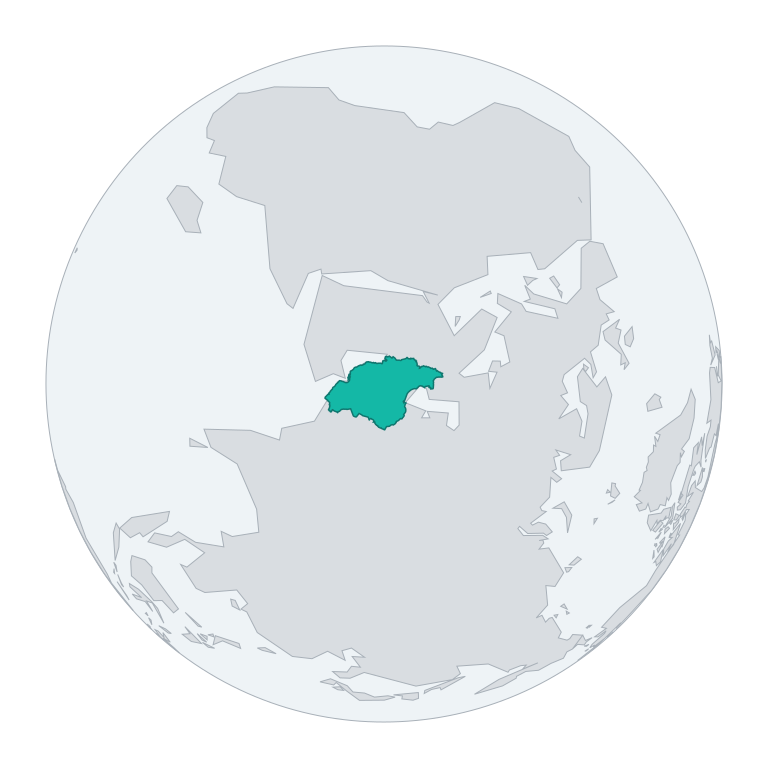 Iran on an orthographic globe, rotated 124°
{"feature_id": "IRN", "entity_name": "Iran", "entity_type": "country or territory", "adm_level": 0, "iso_a3": "IRN", "parent_name": "Asia", "parent_adm1": "", "projection": "orthographic", "projection_center": [53.162, 32.435], "detail": "fine", "context": "on_globe", "style": "filled", "palette": "teal", "viewbox_px": 768, "rotation_deg": 124, "n_neighbors": 0, "source": "natural_earth", "source_scale": "50m", "svg_char_len": 16514}
<svg xmlns="http://www.w3.org/2000/svg" viewBox="0 0 768 768"><g transform="rotate(124 384 384)"><circle cx="384" cy="384" r="338" fill="#eef3f6" stroke="#a8b0b8"/><path d="M404.4,46.7L406.5,46.9L441.0,52.1L456.9,54.8L449.5,54.2L483.0,61.2L505.0,68.9L477.0,59.9L471.8,58.9L485.1,63.3L482.6,63.4L487.6,65.9L483.4,65.9L467.4,61.7L464.4,61.9L474.0,65.2L475.8,68.0L462.2,63.0L464.0,67.6L437.6,63.5L404.4,53.6L386.6,54.6L343.9,54.4L344.6,55.9L328.9,58.0L323.9,60.7L317.4,60.8L319.0,63.1L325.8,62.6L328.8,63.7L326.5,65.5L317.8,65.6L317.7,64.6L313.9,65.7L310.6,65.1L310.9,66.4L300.7,66.9L307.3,69.4L296.1,72.2L290.3,71.8L295.7,68.0L295.5,60.5L291.2,60.5L279.9,63.5L248.5,76.2L241.8,78.4L229.4,84.2L230.8,84.2L241.1,79.9L240.6,82.2L253.3,77.6L254.9,78.3L266.0,75.9L259.2,80.7L246.5,87.0L237.0,89.5L231.1,92.7L236.0,94.4L214.2,104.2L192.8,120.3L187.8,122.9L185.4,119.1L196.0,107.6L192.9,106.2L189.6,112.0L176.9,119.9L172.6,123.6L170.3,126.6L173.0,125.8L167.6,129.9L168.8,124.8L173.7,120.9L173.3,122.3L178.2,117.3L179.0,115.5L172.5,120.5L173.6,119.6L193.5,104.9L214.5,91.7L236.3,80.1L259.0,70.1L282.3,61.8L306.1,55.2L330.4,50.4L355.0,47.3L379.7,46.1L404.4,46.7ZM468.9,57.4L461.4,55.4L469.5,57.4L468.9,57.4ZM489.0,66.3L491.9,67.0L493.3,68.1L489.0,66.3ZM269.0,73.6L267.5,74.7L266.2,74.5L269.0,73.6ZM275.2,71.7L274.8,70.7L277.7,69.7L277.9,70.3L275.2,71.7ZM488.1,69.4L489.4,71.4L485.3,68.5L488.1,69.4ZM275.1,73.3L282.9,68.1L288.0,66.5L293.0,67.7L275.1,73.3ZM488.3,72.1L491.6,77.9L498.4,79.6L481.1,78.8L484.0,73.6L477.9,69.6L484.5,72.0L488.3,72.1ZM329.0,61.7L321.6,62.3L329.9,60.2L329.0,61.7ZM333.7,60.2L355.1,54.1L364.9,54.8L355.7,56.4L370.2,56.6L364.4,59.8L355.2,60.5L350.0,59.2L351.8,61.6L333.7,60.2ZM471.0,77.9L469.4,79.0L468.0,77.1L471.0,77.9ZM330.6,64.0L334.1,62.4L342.9,62.8L337.5,66.0L336.4,64.8L330.6,64.0ZM376.8,55.3L382.3,56.6L379.2,59.4L380.9,60.4L365.1,60.0L376.8,55.3ZM333.2,65.7L334.6,67.8L328.3,69.4L327.9,65.6L333.2,65.7ZM347.4,61.6L351.3,62.1L347.4,62.8L347.4,61.6ZM306.9,77.5L310.9,75.0L315.7,74.9L306.9,77.5ZM335.5,68.5L337.7,68.0L340.0,67.8L339.6,69.6L335.5,68.5ZM364.0,62.3L361.5,63.5L370.3,62.6L368.3,65.2L358.1,64.6L361.7,66.0L361.1,66.8L353.5,65.5L364.0,62.3ZM346.4,71.1L332.7,72.1L324.3,76.4L319.7,76.5L334.0,69.6L346.4,71.1ZM351.2,67.8L347.2,69.8L343.5,68.6L344.0,66.6L351.2,67.8ZM370.7,67.3L376.3,63.4L378.4,63.7L370.7,67.3ZM344.6,72.5L348.0,72.3L344.5,72.9L344.6,72.5ZM363.5,69.0L365.2,67.5L367.5,67.8L363.5,69.0ZM353.2,73.3L348.8,73.5L348.9,72.0L353.2,73.3ZM358.5,71.5L361.2,72.4L351.7,71.3L358.9,70.7L358.5,71.5ZM365.3,69.6L367.2,69.3L364.3,70.2L365.3,69.6ZM355.0,79.4L343.0,78.4L343.4,74.9L355.0,76.2L355.0,79.4ZM80.3,426.3L75.4,369.2L83.5,356.2L89.1,334.8L148.7,292.9L156.8,304.0L198.6,315.2L203.0,320.4L193.1,335.9L220.5,369.9L235.2,359.0L264.9,379.5L287.8,383.8L304.7,352.8L267.2,344.9L265.6,327.4L299.6,319.9L333.1,327.8L333.6,321.3L316.5,303.8L328.4,293.8L311.0,296.9L315.0,304.4L304.2,306.9L300.0,300.4L304.4,296.8L295.4,292.0L276.9,311.5L278.9,321.2L253.0,318.8L253.8,335.1L245.3,340.2L240.7,314.7L244.3,306.8L232.3,276.6L226.1,284.4L237.1,313.9L231.8,310.2L223.5,322.5L225.6,310.2L215.4,277.3L194.7,274.2L161.2,296.4L150.6,293.2L145.2,280.8L164.8,250.5L186.1,261.4L193.3,252.1L195.3,233.6L201.6,239.0L205.0,233.2L213.7,236.9L232.1,228.1L241.9,230.8L255.1,214.6L261.9,214.1L252.1,223.5L250.5,232.1L275.5,239.9L282.1,237.7L288.7,226.9L294.7,231.0L297.9,219.6L315.2,219.6L296.8,210.5L304.1,199.1L317.8,192.8L316.8,187.7L294.6,198.2L288.6,204.0L288.8,211.4L269.8,227.7L260.0,228.0L267.4,205.9L254.2,204.4L265.7,189.0L318.8,168.2L337.9,167.0L356.8,188.5L348.9,194.7L338.2,189.7L342.6,204.7L344.9,198.5L349.9,202.3L358.1,193.5L362.1,195.9L363.2,183.8L368.9,185.8L368.1,193.4L385.2,183.4L398.8,185.7L400.7,182.4L399.0,178.2L417.4,184.6L418.0,182.0L412.2,178.7L409.7,171.6L412.5,161.8L418.7,164.5L418.5,168.4L427.6,181.3L426.2,192.0L429.0,192.2L431.7,183.7L420.7,167.8L420.6,161.3L427.0,167.9L424.6,165.0L426.5,162.6L434.2,163.1L427.7,155.7L440.1,129.5L456.2,129.0L460.6,137.1L475.8,124.7L492.8,127.0L487.4,123.7L491.1,116.9L485.8,116.0L483.5,114.0L490.6,98.3L497.0,97.5L494.0,89.0L491.2,87.6L486.2,87.5L481.1,78.8L498.4,79.6L503.8,82.6L511.0,81.9L522.2,89.3L534.9,95.8L543.0,105.7L552.3,110.7L554.0,109.9L568.0,116.9L590.6,135.5L564.6,123.5L529.1,100.5L542.9,109.7L537.5,108.9L541.1,113.2L551.0,120.1L553.6,120.0L557.8,141.0L577.2,165.8L581.4,158.7L590.8,162.0L616.6,188.6L634.2,239.1L646.9,247.6L652.2,256.1L651.1,265.8L643.4,253.5L636.2,253.1L632.0,245.2L627.7,258.0L621.4,247.3L621.1,263.3L628.6,269.7L634.8,261.7L637.1,281.3L652.0,290.1L661.1,307.6L660.9,350.1L649.7,370.3L650.6,376.7L642.3,374.2L637.1,390.9L657.0,415.9L658.5,425.5L647.3,451.7L646.0,445.0L624.2,438.3L624.2,462.3L640.9,473.0L646.8,491.4L635.7,490.9L629.3,474.9L621.5,471.9L620.6,451.7L608.6,425.7L597.2,436.6L595.3,424.5L576.9,404.9L559.0,419.6L532.4,461.0L533.3,492.0L522.1,508.0L497.1,468.8L488.9,439.3L477.9,444.0L453.7,420.9L406.5,423.0L401.5,414.9L392.2,419.0L375.4,410.9L368.5,397.3L357.5,397.9L376.6,433.4L388.6,432.8L400.9,419.3L403.8,431.8L420.2,442.3L395.9,472.5L328.6,495.9L325.0,472.3L289.2,401.5L292.0,394.2L291.9,393.4L291.7,391.8L285.4,403.2L280.2,389.1L296.1,438.5L297.4,458.3L327.6,497.2L324.0,500.5L334.6,508.6L372.2,501.7L371.7,509.3L352.2,543.0L302.7,582.6L311.1,611.0L310.6,632.7L283.8,642.4L290.2,658.1L277.0,660.7L278.8,668.5L270.5,674.2L255.1,676.8L224.4,667.3L219.3,660.2L199.0,641.1L169.4,595.8L173.7,580.2L169.5,563.9L147.8,519.1L152.3,500.3L147.3,488.7L136.5,485.5L131.1,471.4L124.9,467.6L88.9,449.6L80.3,426.3ZM123.0,321.4L120.2,327.4L123.0,321.4ZM365.5,353.3L387.6,355.9L382.9,334.4L391.0,333.9L386.4,327.1L382.5,332.9L372.1,314.5L383.5,309.0L383.5,299.9L376.1,298.7L356.8,311.9L371.5,337.9L364.2,346.1L365.5,353.3ZM176.9,120.1L176.6,120.7L173.3,124.2L173.0,123.7L176.9,120.1ZM169.9,135.3L161.3,141.8L167.2,136.4L165.1,136.4L174.8,125.7L185.7,123.7L179.0,126.2L169.9,135.3ZM190.9,112.1L183.4,118.3L191.1,111.7L190.9,112.1ZM215.5,200.7L216.3,206.1L209.9,211.4L197.7,210.4L206.8,202.4L215.5,200.7ZM219.1,212.7L229.8,192.4L237.9,193.0L231.5,195.9L235.8,198.4L226.7,203.9L223.9,225.3L218.1,231.7L198.6,224.9L208.1,223.3L206.7,217.7L219.1,212.7ZM243.0,147.1L247.8,140.5L259.1,150.0L253.4,155.3L240.7,154.0L240.1,147.1L243.0,147.1ZM282.4,77.5L283.5,75.8L285.9,75.6L286.9,76.8L282.4,77.5ZM308.4,76.4L280.2,85.1L280.0,83.4L263.7,91.6L256.8,90.6L267.6,85.2L250.2,91.1L257.2,85.8L245.4,90.6L270.1,78.5L275.7,74.6L272.1,79.1L278.2,80.0L282.5,79.2L299.0,74.5L314.0,67.5L322.5,68.0L324.5,70.3L322.1,72.0L317.4,70.9L317.7,74.0L309.0,73.9L308.4,76.4ZM342.9,107.4L338.3,103.6L337.5,113.5L328.8,111.9L329.3,113.2L321.0,114.7L311.8,119.0L308.6,117.5L306.4,119.9L300.9,121.2L296.8,124.2L289.5,122.8L283.9,126.4L283.7,123.7L276.0,130.5L278.5,124.9L271.6,126.8L272.8,131.2L243.8,120.7L229.8,121.9L216.6,126.5L222.7,117.4L238.9,107.9L258.8,100.4L271.5,101.0L271.9,97.3L278.1,96.7L275.2,99.9L283.4,94.7L287.8,95.2L305.5,91.1L314.7,84.3L321.4,83.0L320.0,85.9L327.7,82.7L329.5,87.6L334.4,86.9L341.0,91.6L335.4,98.3L341.3,97.1L346.6,101.2L342.9,107.4ZM356.5,80.8L351.8,88.2L344.7,91.3L336.1,82.1L331.4,82.0L325.7,77.1L336.0,73.0L336.7,74.7L339.8,75.4L335.3,76.4L341.3,76.2L342.4,78.7L347.3,79.4L344.4,81.5L356.5,80.8ZM211.0,316.2L215.0,318.6L221.9,320.2L216.8,328.4L211.0,316.2ZM203.5,293.9L207.6,294.3L203.7,305.8L199.6,303.7L203.5,293.9ZM213.1,285.2L208.1,293.4L208.3,287.7L213.1,285.2ZM256.2,223.6L260.9,223.8L260.1,226.5L256.0,229.7L256.2,223.6ZM338.6,139.8L337.1,136.3L339.3,135.4L342.8,127.4L349.5,128.4L350.1,133.6L338.6,139.8ZM296.5,357.2L288.0,362.2L285.4,358.5L288.8,357.5L296.5,357.2ZM249.0,345.7L258.4,352.7L247.5,347.9L249.0,345.7ZM346.5,139.5L347.2,135.9L350.1,138.7L346.5,139.5ZM354.6,128.8L358.6,131.3L350.8,127.6L354.6,128.8ZM444.7,713.3L448.3,713.6L442.6,714.5L444.7,713.3ZM368.7,633.6L351.6,667.7L335.4,666.7L330.1,656.6L334.8,635.7L352.9,630.5L361.1,620.3L368.7,633.6ZM688.0,504.6L691.7,501.4L691.3,502.8L688.0,504.6ZM684.2,504.8L689.1,500.1L682.9,508.4L684.2,504.8ZM690.8,498.3L695.7,490.7L697.9,486.3L697.1,489.4L690.8,498.3ZM680.7,508.2L658.7,525.2L649.1,528.3L652.1,522.1L667.5,512.6L680.7,508.2ZM651.2,522.5L635.8,518.5L609.6,490.6L619.1,487.0L645.4,498.3L643.9,503.4L653.3,508.3L651.2,522.5ZM686.0,472.5L684.3,486.1L672.8,494.7L667.2,497.0L663.4,483.8L665.6,474.0L670.4,470.8L685.4,428.6L691.4,430.5L687.6,446.8L692.3,453.7L686.0,472.5ZM535.1,494.5L544.1,510.1L537.6,514.7L535.1,494.5ZM688.7,402.7L684.5,421.1L687.5,399.1L688.7,402.7ZM688.8,383.7L690.4,389.8L686.9,386.0L688.8,383.7ZM653.0,385.7L648.1,390.8L646.6,386.4L652.0,377.2L653.0,385.7ZM667.9,322.6L672.9,336.1L673.7,341.4L669.0,335.1L667.9,322.6ZM404.8,148.6L392.5,158.2L388.0,167.0L392.5,174.5L380.9,168.7L387.7,155.0L404.8,148.6ZM435.1,131.3L431.1,125.7L436.3,126.0L437.9,127.4L435.1,131.3ZM430.3,129.4L418.9,126.8L418.9,122.4L427.9,125.2L430.3,129.4ZM382.4,131.8L378.3,134.4L376.0,132.0L382.4,131.8ZM633.1,612.3L630.5,615.0L637.9,606.5L647.2,590.5L649.1,589.0L656.0,575.3L678.4,544.8L696.4,506.9L701.4,498.7L709.7,472.4L712.0,465.2L705.4,488.4L697.1,511.0L687.3,533.0L675.9,554.3L663.0,574.6L648.7,594.0L633.1,612.3ZM697.1,494.8L703.3,478.9L705.6,474.5L697.1,494.8ZM716.8,442.8L716.7,443.1L717.4,439.2L716.8,442.8ZM718.2,433.7L719.0,427.3L715.7,436.4L715.1,433.1L717.1,424.8L713.7,428.3L717.6,416.8L718.3,425.0L720.1,410.5L721.3,403.8L721.4,403.2L718.2,433.7ZM715.8,442.9L716.3,441.3L715.4,446.2L715.8,442.9ZM708.1,449.9L707.6,453.6L706.4,453.2L708.1,449.9ZM710.0,445.1L713.4,441.8L709.4,448.5L710.0,445.1ZM695.1,453.6L696.7,459.6L701.9,448.5L697.9,460.3L700.5,469.0L698.9,475.3L696.6,465.5L694.2,481.2L691.8,483.5L691.4,472.7L694.3,455.0L696.6,446.2L705.4,432.7L695.1,453.6ZM710.3,435.6L709.2,428.2L709.8,420.8L711.1,423.7L710.3,435.6ZM704.3,411.3L699.5,405.2L696.5,413.4L701.2,390.1L705.2,399.8L704.3,411.3ZM698.0,391.7L695.4,399.3L697.2,386.6L698.0,391.7ZM693.9,396.7L692.1,389.6L695.0,387.6L693.9,396.7ZM699.7,390.0L697.8,376.6L700.5,382.5L699.7,390.0ZM687.2,374.2L695.7,379.9L687.0,383.1L680.2,359.1L683.4,355.0L687.2,374.2ZM663.9,256.8L659.5,251.0L660.6,246.1L663.3,251.4L663.9,256.8ZM660.0,227.4L659.4,243.0L658.2,256.7L661.6,257.4L666.7,270.5L658.3,263.5L654.7,245.7L656.7,237.5L651.1,227.3L648.9,216.8L640.3,206.4L637.4,199.7L645.9,206.9L660.0,227.4ZM636.4,202.3L620.6,183.0L625.3,179.6L629.9,183.1L635.1,193.1L632.3,194.3L636.4,202.3ZM618.1,177.6L615.2,178.8L585.9,158.1L580.9,153.1L605.7,165.7L604.3,167.7L610.7,173.8L618.1,177.6ZM473.0,80.0L469.7,79.1L472.8,78.9L473.0,80.0ZM480.6,113.7L477.9,111.0L481.6,110.5L480.6,113.7ZM472.7,103.6L470.4,105.9L470.2,102.3L472.7,103.6ZM465.6,111.7L468.2,106.3L469.5,113.2L465.6,111.7Z" fill="#d9dde1" stroke="#a8b0b8" stroke-width="1"/><path d="M387.5,355.1L388.8,355.1L389.3,355.0L390.6,354.5L390.9,354.4L391.2,354.3L391.4,354.1L391.9,352.8L392.1,352.5L392.9,351.7L394.3,350.8L395.2,350.5L396.4,350.5L397.4,350.6L398.2,350.6L398.4,350.6L398.5,350.5L398.6,349.9L398.8,349.7L399.2,349.5L400.2,349.5L400.7,349.5L401.3,349.7L402.7,349.6L403.0,349.8L403.2,350.1L403.3,350.3L403.4,350.9L403.5,351.0L403.8,351.1L404.3,351.2L405.1,351.3L406.4,351.7L407.0,352.0L407.8,352.6L408.4,352.8L408.6,352.7L409.1,352.4L409.6,352.6L410.3,352.4L410.9,352.6L412.4,353.2L412.5,353.2L412.7,353.3L412.9,353.7L413.0,354.3L413.5,354.8L414.0,355.2L415.9,355.8L416.4,356.3L417.9,358.1L421.5,357.8L421.8,358.2L421.8,359.0L422.0,359.9L422.2,360.4L422.2,361.0L422.0,361.7L422.3,361.9L422.5,362.3L422.6,362.9L422.5,363.3L422.6,363.5L422.7,363.8L422.8,364.1L422.8,364.4L422.7,364.6L422.5,365.3L422.5,365.6L422.1,365.9L422.2,366.2L422.4,366.9L422.1,367.9L422.2,368.3L421.7,369.2L421.7,369.5L421.0,370.2L420.7,370.3L420.7,370.6L420.8,370.7L421.5,371.5L420.3,371.7L419.7,373.0L420.0,374.5L419.8,375.2L420.0,375.7L420.3,375.9L420.7,376.1L421.5,376.0L422.0,376.1L422.0,376.3L421.1,377.4L420.4,378.6L420.5,379.1L420.6,379.4L422.1,383.7L422.2,384.2L422.0,385.3L422.1,385.9L422.2,386.8L422.2,387.2L422.4,388.2L422.6,388.2L426.6,388.5L427.1,389.0L427.5,390.3L427.6,391.2L427.5,391.7L423.2,397.8L425.8,400.5L425.9,401.1L426.9,402.5L427.3,403.3L427.6,403.7L429.0,405.1L429.8,405.3L430.3,405.4L431.5,405.6L431.9,405.9L432.6,406.6L433.4,406.4L433.6,406.4L433.6,406.5L433.6,407.9L434.0,409.1L434.2,410.8L434.1,411.7L434.0,412.2L434.1,412.3L434.4,412.4L434.9,412.4L436.2,412.1L436.7,412.3L436.9,412.6L437.0,412.8L436.7,413.1L436.6,413.5L436.8,414.2L436.8,414.3L436.5,414.5L436.5,415.5L436.4,415.6L436.1,415.7L434.5,415.8L434.3,415.9L433.7,416.2L432.7,416.5L432.1,416.9L431.8,417.3L431.8,417.7L431.2,417.7L431.0,418.0L429.7,418.7L429.6,419.1L429.4,421.0L429.0,421.4L429.0,421.5L429.1,421.9L428.9,422.5L428.9,424.3L428.8,424.8L428.5,424.8L428.3,425.1L427.9,425.4L426.3,425.1L423.9,424.7L423.6,424.4L423.4,423.9L423.0,423.8L422.5,424.6L420.5,424.3L419.8,424.5L419.4,424.3L418.3,424.3L417.4,423.9L416.2,424.3L415.3,424.4L413.9,423.7L412.5,423.5L411.4,423.7L410.8,423.6L409.8,423.4L409.3,423.1L408.6,423.4L408.3,423.0L406.1,422.7L405.4,421.3L405.4,420.5L404.8,419.3L404.6,417.5L404.4,416.8L404.1,416.2L403.7,415.7L403.2,415.2L402.7,414.9L400.7,414.6L400.4,414.6L399.5,415.0L398.6,415.6L397.1,416.0L396.8,416.3L396.4,416.9L395.9,417.2L395.2,417.2L394.5,417.5L393.1,418.5L392.4,418.9L391.8,418.8L391.2,418.4L389.7,417.8L388.8,417.6L387.5,417.7L386.9,417.6L385.8,416.9L385.5,416.3L384.9,416.0L383.1,415.2L381.5,414.1L381.3,413.7L381.1,413.1L380.4,412.4L378.9,411.8L378.1,411.1L377.1,411.0L376.2,411.0L375.8,410.9L375.4,410.6L374.2,409.3L374.2,408.8L373.5,407.5L373.3,407.0L373.1,405.8L372.9,405.4L372.1,404.9L372.0,404.5L372.2,404.1L372.2,403.8L371.8,403.4L371.2,403.2L371.1,402.8L371.2,402.1L371.1,401.6L370.6,400.9L369.8,400.1L369.0,398.9L368.7,398.6L368.3,397.0L367.8,396.9L365.6,397.9L365.0,397.3L363.1,396.1L362.8,395.7L363.1,395.6L363.3,395.6L363.8,395.8L364.1,395.6L364.0,395.2L363.5,395.0L362.9,395.0L363.0,395.3L362.4,395.6L362.3,396.0L362.4,397.2L362.1,397.6L361.9,397.7L361.1,397.7L360.7,398.0L360.4,398.1L359.9,397.6L359.7,397.2L359.7,396.9L359.8,396.7L359.7,396.5L359.4,396.1L359.2,395.9L358.9,395.9L358.7,395.7L358.5,395.3L358.1,395.0L357.9,395.0L358.0,391.9L356.3,391.7L356.4,389.4L357.3,387.1L356.2,385.3L355.8,384.9L355.2,383.3L355.0,383.1L354.8,383.0L354.0,383.0L351.4,380.6L350.5,380.0L350.1,379.9L349.2,379.8L349.1,379.7L349.1,379.3L349.1,379.0L349.4,378.5L349.5,378.2L348.9,377.0L348.8,376.7L348.2,376.5L348.4,376.2L348.3,375.9L348.2,375.8L348.1,375.7L347.6,375.8L346.5,373.9L346.2,373.7L346.9,372.5L346.9,372.2L346.9,371.8L346.5,371.0L346.9,370.3L346.9,370.0L347.6,370.1L347.7,369.9L347.7,369.1L347.9,368.8L349.1,367.5L350.2,367.0L350.3,366.6L350.2,366.1L350.2,365.9L349.7,365.2L349.6,364.9L349.6,364.6L349.7,364.1L350.0,363.8L350.6,363.6L351.1,363.4L350.6,363.0L349.6,362.8L348.8,362.8L348.5,362.7L348.2,362.2L347.8,361.8L347.5,361.6L347.1,361.6L346.9,361.5L346.5,359.5L346.4,359.2L345.9,359.1L345.7,358.8L345.6,358.4L345.7,357.7L345.6,357.4L345.5,357.2L345.0,356.8L344.8,355.2L344.7,354.8L344.7,354.3L344.9,354.0L344.9,353.9L344.5,353.4L343.9,352.9L344.0,352.2L343.9,351.6L344.2,351.3L344.0,351.1L343.3,350.6L343.1,350.3L342.6,350.2L342.6,349.7L342.9,349.3L343.2,348.9L343.3,348.7L343.5,348.1L343.8,347.7L343.3,347.3L343.2,347.3L343.2,347.1L343.3,346.3L343.2,345.4L343.3,344.6L343.2,344.5L342.9,344.0L342.8,343.7L343.0,343.3L343.1,342.8L342.7,342.3L342.6,341.8L342.5,341.4L343.0,341.3L343.9,341.4L344.2,341.3L344.6,339.9L344.9,339.5L345.3,339.3L346.1,340.1L346.9,341.5L347.2,341.8L347.4,342.2L347.5,342.5L348.0,342.9L348.3,343.2L348.9,344.1L349.3,344.3L352.0,345.1L352.7,344.9L353.7,345.0L355.2,343.6L355.8,343.5L356.2,343.1L356.8,342.6L357.5,342.2L359.6,341.0L360.1,340.8L360.6,340.8L361.8,342.2L362.0,342.5L361.7,342.8L361.1,343.0L360.9,343.4L360.9,343.6L361.0,343.8L361.7,344.3L361.7,344.5L361.6,344.9L361.5,345.0L360.6,345.2L360.3,345.5L360.4,345.9L361.2,346.5L361.5,346.9L361.6,347.1L362.0,347.2L362.1,347.3L362.9,348.4L363.1,348.4L364.2,348.3L364.3,350.0L364.3,350.8L364.5,351.5L365.0,352.8L365.4,353.2L366.3,353.7L366.7,353.9L367.9,354.0L369.1,354.3L369.8,354.5L370.0,354.7L370.2,354.9L370.7,356.1L371.6,356.9L373.4,358.1L374.3,358.5L377.4,359.3L379.4,359.3L385.0,357.9L386.9,357.5L387.6,357.5L387.1,357.8L386.4,358.0L386.9,358.2L387.8,358.2L388.0,358.0L388.1,357.7L387.5,355.1ZM399.9,416.2L399.4,417.0L398.7,417.6L398.4,417.4L398.1,417.4L397.6,417.6L397.2,417.7L396.5,418.1L395.9,418.3L395.3,418.3L395.2,418.0L395.2,417.9L395.5,418.0L396.5,417.6L397.7,416.9L397.8,416.7L397.6,416.2L398.4,416.4L399.3,415.9L400.0,415.8L400.4,416.1L399.9,416.2Z" fill="#14b8a6" stroke="#0f766e" stroke-width="1.5"/></g></svg>